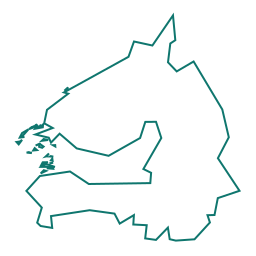 Dalabyggð, Vesturland, Iceland
{"feature_id": "244011B70126368142347", "entity_name": "Dalabyggð", "entity_type": "district", "adm_level": 2, "iso_a3": "ISL", "parent_name": "Iceland", "parent_adm1": "Vesturland", "projection": "albers", "projection_center": [-22.364, 65.186], "detail": "medium", "context": "isolated", "style": "outline", "palette": "teal", "viewbox_px": 256, "rotation_deg": 0, "n_neighbors": 0, "source": "geoboundaries", "source_scale": "gbopen_adm2", "svg_char_len": 1783}
<svg xmlns="http://www.w3.org/2000/svg" viewBox="0 0 256 256"><path d="M239.5,190.8L217.9,158.2L228.8,137.3L222.3,109.5L193.6,61.5L176.7,71.4L168.0,62.3L170.3,43.5L175.3,40.2L173.0,15.4L152.4,45.5L134.0,41.5L128.5,56.8L64.0,92.4L68.2,93.7L47.0,109.8L44.2,123.3L41.7,125.8L40.4,125.3L39.6,126.4L36.3,127.6L35.3,128.7L42.8,127.3L43.1,124.4L44.4,123.4L52.7,128.0L35.4,134.5L48.8,137.7L51.0,142.6L59.6,133.7L76.7,148.4L108.6,155.8L140.1,138.0L145.3,121.9L156.0,121.8L161.3,138.0L143.4,169.0L151.1,172.8L150.3,183.1L88.8,184.0L70.0,171.5L39.9,176.0L26.4,190.9L41.8,207.6L37.2,222.7L40.6,226.0L52.2,227.9L51.0,216.1L89.7,210.2L114.5,213.6L119.7,223.6L133.9,215.1L133.3,224.5L146.7,225.2L145.2,238.4L156.0,239.9L167.9,227.6L169.7,239.2L175.8,240.6L194.5,239.3L209.9,222.5L207.5,215.2L214.5,215.0L217.8,198.1L239.5,190.8ZM54.9,166.9L48.5,164.7L44.8,164.4L44.1,166.1L43.0,165.0L40.9,166.9L54.9,166.9ZM28.5,129.3L22.1,133.0L19.7,137.6L24.5,137.0L21.4,137.3L28.5,129.3ZM31.8,153.1L28.8,152.1L26.6,152.6L31.8,153.1ZM37.7,126.1L36.5,124.7L35.9,124.9L34.8,126.0L33.3,126.4L32.7,127.0L31.8,127.0L29.0,129.1L37.7,126.1ZM39.5,143.7L35.6,145.5L39.6,144.1L39.1,146.8L42.2,147.8L43.6,146.6L39.5,143.7ZM48.1,140.0L43.7,139.0L41.8,140.8L48.1,140.0ZM47.9,162.2L42.7,162.3L41.4,164.8L47.9,162.2ZM22.1,139.9L19.8,141.5L16.5,142.0L18.7,144.4L22.1,139.9ZM53.2,168.5L46.7,168.3L53.3,168.8L53.2,168.5ZM46.1,170.9L43.8,170.2L40.7,173.4L46.1,170.9ZM37.0,150.1L34.7,148.1L33.2,150.5L37.0,150.1ZM64.4,90.7L67.5,88.8L68.0,87.4L64.4,90.7ZM53.2,162.8L50.6,163.1L49.4,163.3L53.2,162.8ZM55.3,146.5L55.2,145.1L53.0,145.2L55.3,146.5ZM52.6,160.8L52.3,158.5L50.9,160.4L52.6,160.8ZM53.3,156.6L50.7,156.1L50.0,156.5L53.3,156.6ZM46.9,156.2L48.9,153.5L45.7,156.5L46.9,156.2Z" fill="none" stroke="#0f766e" stroke-width="2"/></svg>